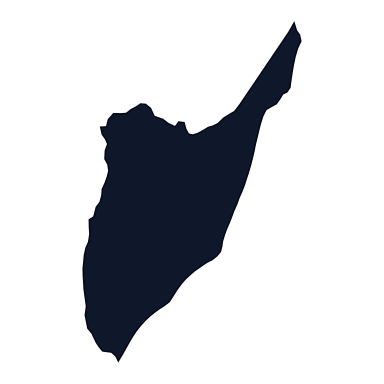 outline of Marataízes, Espírito Santo, Brazil
{"feature_id": "56859067B39153439684359", "entity_name": "Marataízes", "entity_type": "district", "adm_level": 2, "iso_a3": "BRA", "parent_name": "Brazil", "parent_adm1": "Espírito Santo", "projection": "robinson", "projection_center": [-40.886, -21.093], "detail": "fine", "context": "isolated", "style": "filled", "palette": "ink", "viewbox_px": 384, "rotation_deg": 0, "n_neighbors": 0, "source": "geoboundaries", "source_scale": "gbopen_adm2", "svg_char_len": 1689}
<svg xmlns="http://www.w3.org/2000/svg" viewBox="0 0 384 384"><path d="M89.3,219.8L89.5,227.6L89.9,234.1L88.7,241.9L86.0,248.1L84.4,255.5L83.9,261.7L83.2,268.7L83.4,276.1L83.9,283.7L84.1,288.7L86.5,306.3L85.3,315.2L87.9,328.3L92.1,333.4L96.3,342.3L99.2,346.7L102.6,350.9L111.6,352.1L116.0,356.1L118.3,361.0L121.8,355.1L124.9,349.7L127.5,345.0L130.1,340.4L132.8,335.9L136.1,331.0L139.9,326.1L145.2,320.2L149.5,316.2L154.7,312.0L159.5,308.5L163.5,306.0L169.2,301.7L172.9,296.0L177.1,289.3L181.8,283.0L185.8,278.5L190.3,274.4L194.3,270.9L198.5,268.0L202.7,265.0L206.9,262.2L211.8,259.8L216.5,256.1L220.3,251.7L221.7,246.2L222.4,241.2L224.5,234.3L226.8,228.1L229.1,222.9L231.0,218.2L233.5,211.3L236.8,203.8L239.0,197.6L241.7,191.6L244.4,184.6L246.2,178.9L248.1,173.2L250.4,165.4L252.3,158.0L254.0,150.7L255.3,144.0L257.0,137.2L258.5,130.8L260.3,123.7L262.7,116.1L266.1,109.4L270.9,106.7L276.3,103.7L280.2,98.2L282.7,93.9L286.8,92.0L289.9,87.5L290.8,80.4L292.0,72.5L293.3,64.7L295.0,56.6L297.5,48.2L300.8,41.2L299.5,35.0L296.4,30.6L294.1,23.0L289.0,32.0L278.5,47.6L272.4,56.6L268.0,63.1L255.4,81.8L246.5,94.9L240.1,104.4L234.7,111.5L229.4,114.6L223.9,118.0L218.1,123.6L213.0,126.2L208.5,127.4L203.4,130.5L197.7,133.6L192.6,135.1L188.4,134.0L185.8,129.3L184.0,122.7L178.7,122.0L175.3,126.9L168.2,123.6L162.8,119.4L154.2,116.5L150.4,108.3L145.5,104.4L140.6,104.0L136.8,106.7L131.2,109.6L126.5,113.4L121.1,113.9L113.6,113.7L108.4,119.6L106.6,126.9L100.7,127.2L102.3,134.3L105.7,139.1L107.8,144.0L105.4,150.5L105.0,158.9L108.0,164.5L108.9,170.8L107.4,176.8L105.2,183.0L102.3,189.4L102.0,195.1L100.1,202.2L96.3,207.3L93.9,216.8L89.3,219.8Z" fill="#0f172a" stroke="#020617" stroke-width="1.5"/></svg>